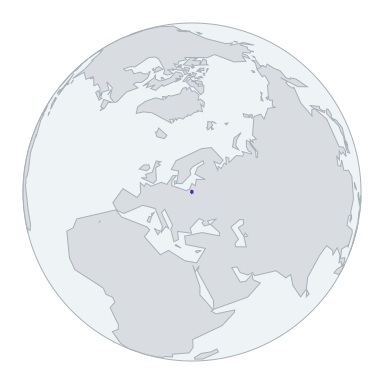 Marijampoles on an orthographic globe, rotated 18°
{"feature_id": "LTU-1070", "entity_name": "Marijampoles", "entity_type": "County", "adm_level": 1, "iso_a3": "LTU", "parent_name": "Lithuania", "parent_adm1": "", "projection": "orthographic", "projection_center": [23.274, 54.666], "detail": "fine", "context": "on_globe", "style": "filled", "palette": "violet", "viewbox_px": 384, "rotation_deg": 18, "n_neighbors": 0, "source": "natural_earth", "source_scale": "10m", "svg_char_len": 11230}
<svg xmlns="http://www.w3.org/2000/svg" viewBox="0 0 384 384"><g transform="rotate(18 192 192)"><circle cx="192" cy="192" r="169" fill="#eef3f6" stroke="#a8b0b8"/><path d="M77.2,68.0L96.0,53.4L84.4,61.7L92.4,55.5L91.6,56.1L102.0,49.5L110.1,44.8L123.1,40.0L132.2,41.3L127.4,42.8L130.2,43.2L136.4,41.5L139.8,40.3L157.6,41.8L178.3,40.5L184.4,37.7L183.4,40.5L194.8,33.9L205.8,33.1L193.6,35.6L192.5,37.2L200.0,37.2L200.5,38.8L204.5,39.9L204.4,41.9L197.3,43.6L197.1,45.0L202.4,45.0L205.7,47.3L197.9,47.1L202.9,51.1L191.9,55.3L171.0,54.3L165.0,59.5L143.8,66.2L145.9,67.8L139.2,71.8L139.1,75.1L135.2,75.7L138.5,78.0L142.0,76.8L144.7,77.5L144.9,79.5L140.0,80.5L139.2,79.6L137.9,81.0L135.3,80.7L136.7,81.9L130.7,83.1L137.0,85.0L132.5,88.4L128.4,88.4L128.5,84.5L119.1,75.6L115.0,75.0L109.2,77.6L99.0,90.7L94.6,91.8L88.9,96.1L91.5,97.2L96.8,94.2L100.2,97.5L106.3,93.8L108.6,94.8L115.1,92.8L114.4,97.5L110.3,103.2L105.0,105.1L103.0,107.8L108.4,109.6L98.7,117.2L92.8,129.4L90.2,131.0L84.7,127.2L83.9,117.4L76.7,113.5L81.7,120.6L75.2,125.2L74.3,128.0L74.9,130.6L77.5,130.7L75.3,133.4L69.6,127.1L71.4,124.5L73.2,126.4L72.8,122.0L68.9,118.4L65.9,121.3L63.2,113.6L61.0,115.6L59.2,115.3L62.8,112.4L56.2,117.6L52.5,111.4L43.4,120.9L52.0,108.3L54.8,102.5L57.4,96.6L55.9,98.0L61.4,89.0L62.9,84.7L58.3,88.8L52.9,96.1L60.3,86.1L68.4,76.8L77.2,68.0ZM51.8,97.7L46.7,105.9L47.4,105.6L44.6,111.6L41.5,115.1L35.9,128.1L33.8,132.6L38.9,120.5L44.9,108.8L51.8,97.7ZM30.0,144.1L29.6,145.5L27.6,153.4L27.9,154.0L27.6,159.2L25.8,164.8L27.1,163.9L26.0,170.6L26.6,185.3L26.1,185.4L26.3,204.6L29.6,221.4L30.3,228.7L29.6,229.7L31.4,235.2L31.5,237.0L41.3,258.9L48.6,273.0L49.9,278.6L46.7,277.2L48.5,281.2L42.4,270.5L37.1,259.5L32.6,248.1L29.0,236.4L26.2,224.5L24.3,212.4L23.2,200.2L23.1,187.9L23.8,175.7L25.5,163.6L28.0,151.6L28.1,150.8L29.2,146.8L30.0,144.1ZM41.1,123.2L34.9,141.4L36.0,134.0L36.2,134.7L38.3,129.4L41.4,121.3L43.1,115.5L41.1,123.2ZM43.7,124.6L44.6,121.8L44.1,124.2L43.7,124.6ZM141.2,39.6L136.5,41.3L130.7,42.4L134.6,40.7L141.2,39.6ZM152.3,38.5L150.2,39.6L147.3,38.6L149.4,38.2L152.3,38.5ZM188.7,35.5L184.8,35.9L188.5,35.0L188.7,35.5ZM205.0,39.7L206.0,39.1L207.6,39.9L205.0,39.7ZM115.0,90.5L115.0,91.6L113.8,91.4L115.0,90.5ZM117.7,88.6L116.3,87.5L117.4,86.4L118.2,87.1L117.7,88.6ZM209.0,43.9L211.3,45.5L207.7,44.1L209.0,43.9ZM119.2,90.3L119.5,84.8L121.5,83.0L126.4,84.3L119.2,90.3ZM211.9,46.7L217.6,50.9L220.2,49.9L216.0,55.3L212.5,49.8L207.7,48.1L211.1,48.0L211.9,46.7ZM143.1,75.6L139.3,76.9L142.2,74.1L143.1,75.6ZM144.3,73.7L149.5,64.4L155.3,63.7L152.3,66.8L159.6,64.6L159.8,68.8L155.9,70.9L152.1,70.5L155.1,72.5L144.3,73.7ZM212.7,57.8L213.0,59.2L211.3,58.1L212.7,57.8ZM146.0,77.6L146.5,75.7L151.5,74.9L151.4,78.5L149.8,77.6L146.0,77.6ZM161.4,62.1L165.1,62.3L166.3,65.7L167.9,66.2L160.3,68.8L161.4,62.1ZM148.8,78.8L151.1,80.4L149.0,82.7L145.8,79.4L148.8,78.8ZM152.9,73.2L155.3,73.0L153.9,74.3L152.9,73.2ZM142.8,91.9L143.3,89.4L146.0,88.8L142.8,91.9ZM152.2,80.9L152.9,80.2L154.0,79.7L155.1,81.2L152.2,80.9ZM161.7,71.1L161.4,72.6L164.9,70.2L165.9,72.8L160.7,74.1L163.4,74.6L163.7,75.4L159.1,75.7L161.7,71.1ZM159.5,81.4L153.2,84.3L151.6,88.8L149.2,89.5L152.2,82.1L159.5,81.4ZM159.6,78.0L159.0,80.2L156.3,79.8L155.1,78.1L159.6,78.0ZM168.5,74.1L168.3,69.8L169.4,69.7L168.5,74.1ZM159.6,82.8L161.1,82.1L159.8,83.2L159.6,82.8ZM166.4,76.8L166.1,75.3L167.4,75.2L166.4,76.8ZM164.3,82.1L162.3,82.9L161.4,81.7L164.3,82.1ZM165.7,79.7L167.5,80.0L162.3,80.7L165.3,79.0L165.7,79.7ZM167.6,77.0L168.3,76.4L167.6,77.7L167.6,77.0ZM168.9,86.3L162.5,87.6L160.5,84.9L167.0,83.9L168.9,86.3ZM95.8,292.5L85.0,267.9L90.0,262.8L90.7,253.2L125.1,232.5L132.7,237.5L160.0,239.1L163.5,241.1L160.6,249.3L181.3,261.5L187.7,254.8L206.3,259.6L218.4,257.9L222.2,241.5L202.3,243.9L198.6,236.2L214.3,227.4L231.7,225.2L230.8,222.1L219.6,217.0L223.3,210.2L215.7,214.7L218.9,217.5L214.2,220.5L211.0,218.2L212.4,215.8L207.1,215.0L201.5,227.1L204.3,231.3L190.5,234.0L193.8,241.4L190.1,244.9L183.3,233.8L183.8,229.6L171.3,216.7L169.5,221.3L181.2,233.9L177.7,232.9L175.4,239.6L174.3,233.6L162.0,219.1L149.4,219.8L133.8,233.5L126.4,232.6L120.0,226.7L125.3,210.1L141.3,214.2L143.4,208.8L139.9,199.1L145.0,201.3L145.5,197.9L151.5,199.0L159.7,192.3L165.7,192.5L168.7,182.3L172.2,181.2L169.4,187.4L170.8,192.1L185.8,192.5L188.6,190.4L189.3,183.9L193.4,185.0L192.1,178.7L200.6,175.9L189.2,174.1L189.7,166.9L194.6,161.3L192.8,158.8L184.7,168.0L183.3,172.0L185.4,175.8L179.9,187.1L174.8,188.7L172.8,176.1L165.4,177.1L167.1,167.2L187.8,147.7L196.6,143.8L211.8,152.1L209.9,156.9L203.5,156.2L209.7,163.3L209.1,159.6L212.4,160.7L213.8,154.5L216.2,155.0L213.3,148.3L216.4,148.3L218.2,152.5L222.9,143.7L229.3,142.1L229.2,139.9L227.3,138.0L236.8,137.6L236.2,136.0L232.9,135.5L229.8,132.1L227.8,126.1L231.2,126.3L232.4,128.5L239.9,133.5L242.4,139.5L243.6,139.0L242.2,133.8L233.1,127.7L231.0,124.0L235.6,126.3L233.8,125.2L233.8,123.4L237.0,121.9L232.0,119.2L227.6,101.1L233.3,96.7L238.0,100.5L238.4,89.0L244.9,85.7L241.8,85.2L240.0,79.7L237.9,80.7L236.3,80.1L230.7,67.3L232.0,64.7L226.1,59.3L224.5,59.1L223.2,60.7L216.0,55.3L220.2,49.9L223.6,50.5L224.0,47.0L231.6,49.1L238.1,49.4L246.2,54.3L250.6,54.4L250.3,53.0L256.0,52.4L269.1,56.3L260.1,59.1L240.8,55.8L248.8,57.5L247.5,59.0L250.7,60.9L256.3,62.1L256.6,61.0L268.1,73.9L282.6,82.6L280.4,76.6L283.3,75.0L297.8,81.2L317.9,103.4L322.0,102.7L325.0,105.1L327.7,110.8L323.3,107.4L322.3,110.2L319.4,107.6L322.3,116.1L318.3,112.8L322.5,121.4L325.5,121.8L324.4,115.3L329.8,124.5L334.1,123.1L339.3,128.0L347.6,148.4L349.2,161.9L350.2,164.4L348.4,166.5L349.7,175.7L356.0,178.5L357.1,181.8L357.4,196.6L356.7,194.5L352.0,199.9L353.8,209.3L357.5,207.2L358.8,211.5L357.1,215.6L355.5,212.2L353.7,213.9L352.3,206.5L347.3,200.1L345.5,208.3L343.8,204.0L336.6,201.5L332.9,213.0L328.4,237.3L330.7,249.1L327.8,258.2L316.9,249.8L311.4,240.0L307.8,244.7L296.3,240.9L277.4,252.3L274.4,250.0L270.9,253.7L262.7,253.7L258.0,249.3L253.2,251.7L265.7,262.8L270.8,260.2L274.6,252.0L277.2,256.6L285.0,257.4L277.5,274.7L249.0,296.8L245.7,288.3L221.4,265.3L221.8,261.7L221.7,261.4L221.4,260.7L219.7,266.6L215.3,261.4L228.8,279.6L231.3,287.4L248.6,297.5L247.1,299.4L252.5,300.5L269.2,290.9L269.4,293.8L261.8,309.9L238.2,332.1L241.1,339.6L239.0,345.9L223.7,352.2L224.5,354.9L216.6,357.0L215.8,358.1L209.1,359.7L198.1,360.8L180.1,360.5L179.3,360.2L170.9,358.0L159.4,349.4L164.3,345.3L162.9,340.8L149.8,327.3L152.7,320.6L149.1,316.7L141.7,315.9L137.5,310.9L133.0,309.6L104.6,302.1L95.8,292.5ZM113.7,247.3L112.8,250.2L113.7,247.3ZM250.5,230.6L260.6,227.4L255.2,218.6L258.6,216.8L255.5,214.6L254.7,218.0L247.0,211.6L251.0,206.8L249.4,202.5L245.9,203.5L239.8,213.4L250.8,222.5L248.8,227.6L250.5,230.6ZM26.7,185.7L26.5,188.5L26.2,186.2L26.7,185.7ZM34.9,135.0L34.2,138.1L33.4,140.4L33.7,138.4L34.9,135.0ZM31.8,160.1L31.6,164.0L31.3,160.8L31.8,160.1ZM34.2,144.1L31.9,157.2L31.5,151.7L33.1,143.6L32.7,148.0L34.2,144.1ZM41.5,126.0L40.8,128.2L40.2,128.5L41.5,126.0ZM43.3,126.3L43.4,125.6L44.3,124.0L43.3,126.3ZM75.6,125.5L76.0,126.1L76.0,129.0L74.8,128.2L75.6,125.5ZM82.9,139.2L79.3,143.3L81.1,139.7L78.8,139.2L79.6,131.2L89.0,131.5L84.6,132.7L82.9,139.2ZM83.4,121.1L81.8,125.9L83.2,120.7L83.4,121.1ZM142.5,179.5L144.6,182.3L142.4,185.9L134.7,186.4L137.8,181.2L142.5,179.5ZM148.1,185.7L148.3,173.5L153.1,172.9L150.4,175.2L153.5,176.1L150.0,180.1L154.4,191.8L152.7,195.8L139.4,194.2L144.7,192.4L142.3,189.6L148.1,185.7ZM140.3,145.9L140.5,141.4L150.6,145.9L149.3,149.7L141.6,150.3L138.6,146.2L140.3,145.9ZM127.9,94.0L127.3,92.4L128.7,92.1L130.3,93.1L127.9,94.0ZM142.8,90.8L132.0,100.5L130.7,99.1L125.8,106.7L120.7,106.3L124.0,101.3L116.4,106.8L117.3,102.2L112.5,106.4L120.5,95.4L121.0,91.6L122.4,95.9L127.1,96.4L129.3,95.4L136.0,90.2L139.5,82.7L144.7,82.2L147.5,83.9L147.5,85.6L144.1,85.3L146.5,87.8L141.5,88.7L142.8,90.8ZM177.1,107.6L173.2,105.9L177.2,112.4L172.2,112.8L173.0,113.6L169.5,115.8L166.7,120.0L164.4,119.5L164.3,121.3L162.0,123.0L161.0,125.4L156.6,125.5L155.1,128.5L153.8,126.9L152.4,132.1L151.5,128.3L148.4,130.2L151.0,132.9L129.4,129.0L121.1,130.8L114.7,134.5L114.0,127.9L119.5,120.4L128.1,113.7L136.2,113.1L134.4,110.4L137.8,109.4L137.8,112.0L139.8,107.4L142.5,107.3L150.2,102.3L151.3,96.1L154.1,94.3L155.1,96.6L157.2,93.1L160.9,96.4L163.0,95.2L168.7,97.4L169.3,102.9L171.6,101.1L176.1,102.9L177.1,107.6ZM170.4,87.1L172.2,93.2L170.4,96.6L161.2,91.5L158.8,92.1L152.8,89.2L155.6,84.5L157.0,85.7L159.1,85.8L157.4,87.3L160.3,86.2L162.4,87.9L165.2,87.6L165.0,89.7L170.4,87.1ZM167.3,238.2L170.0,238.9L174.1,238.8L172.7,243.2L167.3,238.2ZM158.7,228.5L161.1,228.2L161.2,234.1L158.4,233.6L158.7,228.5ZM162.4,223.2L161.2,227.7L160.2,225.0L162.4,223.2ZM171.6,186.9L174.2,186.4L174.5,187.9L173.1,190.1L171.6,186.9ZM187.9,128.1L185.9,126.3L186.6,125.5L185.3,120.0L188.8,119.4L191.0,122.5L187.9,128.1ZM218.9,244.8L215.5,248.4L213.6,247.2L215.1,246.2L218.9,244.8ZM193.0,246.9L199.0,248.7L192.6,248.1L193.0,246.9ZM191.5,126.6L190.5,124.4L192.9,125.5L191.5,126.6ZM191.3,118.7L194.1,119.5L189.1,118.7L191.3,118.7ZM266.5,336.0L253.9,347.5L246.3,350.1L245.5,348.8L250.6,342.7L259.6,338.1L264.2,333.6L266.5,336.0ZM358.6,220.3L357.1,225.1L352.0,225.0L353.9,220.4L358.7,214.4L358.5,216.8L359.4,214.4L358.9,218.5L358.6,220.3ZM360.5,203.8L360.5,201.7L360.5,197.3L360.8,193.9L359.3,171.0L359.3,168.7L360.3,176.8L361.0,190.3L360.5,203.8ZM331.4,249.5L334.9,252.8L333.1,256.4L331.4,249.5ZM357.1,159.0L358.8,168.5L356.7,158.1L357.1,159.0ZM354.8,150.9L355.5,152.6L355.1,152.8L354.8,150.9ZM351.9,167.4L351.7,171.5L350.9,170.1L350.5,164.1L351.9,167.4ZM343.2,132.4L346.3,136.7L347.4,138.8L345.8,137.9L343.2,132.4ZM220.4,120.3L218.3,128.4L219.2,134.2L223.4,137.4L216.6,136.6L215.3,127.6L220.4,120.3ZM226.3,103.3L222.6,100.9L224.8,99.9L225.9,100.3L226.3,103.3ZM223.7,103.3L218.3,104.4L216.5,101.7L221.2,101.4L223.7,103.3ZM204.9,115.2L204.1,117.6L202.2,116.6L204.9,115.2ZM356.7,154.1L357.7,159.2L354.8,146.9L355.0,147.4L356.7,154.1ZM355.4,149.4L356.4,154.0L354.8,147.6L355.4,149.4ZM356.2,153.7L355.5,151.7L355.1,149.3L356.2,153.7ZM355.0,147.7L353.4,142.9L353.9,144.0L355.0,147.7ZM353.4,147.5L354.0,145.6L354.7,151.5L350.9,144.1L350.3,140.6L353.4,147.5ZM325.8,100.0L323.8,98.9L322.2,95.6L324.1,97.3L325.8,100.0ZM315.1,84.6L321.1,94.4L325.6,102.7L326.0,101.5L330.1,106.3L327.7,106.3L321.9,98.1L319.1,92.5L315.3,89.1L311.2,83.8L306.8,81.6L303.8,78.7L307.0,79.1L315.1,84.6ZM304.9,80.9L295.8,75.9L294.3,71.4L296.0,71.4L300.8,75.5L301.3,77.7L304.9,80.9ZM293.2,73.5L293.5,75.6L280.8,74.5L277.8,73.2L286.7,71.2L287.5,73.1L290.9,74.3L293.2,73.5ZM214.7,58.9L213.2,59.2L213.9,58.1L214.7,58.9ZM235.2,80.7L233.2,79.7L234.1,78.3L235.2,80.7ZM228.0,76.2L228.3,78.4L226.5,76.0L228.0,76.2ZM229.4,83.5L227.8,79.3L231.4,83.4L229.4,83.5Z" fill="#d9dde1" stroke="#a8b0b8" stroke-width="1"/><path d="M191.4,192.8L191.2,192.8L191.0,192.7L191.0,192.3L191.0,192.1L191.0,191.9L191.2,191.7L191.3,191.6L191.2,191.4L191.1,191.2L190.9,191.1L190.8,190.9L191.1,190.8L191.3,190.7L191.4,190.8L191.5,190.7L192.1,190.8L192.3,190.8L192.5,190.9L192.5,191.0L192.4,191.0L192.2,191.1L192.3,191.2L192.4,191.3L192.5,191.3L192.6,191.5L192.7,191.8L192.7,192.0L192.7,192.3L192.8,192.4L192.9,192.5L192.7,192.6L192.3,192.8L192.2,192.9L192.2,193.0L192.1,193.3L191.9,193.2L191.7,193.1L191.6,192.9L191.4,192.8L191.4,192.8Z" fill="#8b5cf6" stroke="#5b21b6" stroke-width="1.5"/></g></svg>